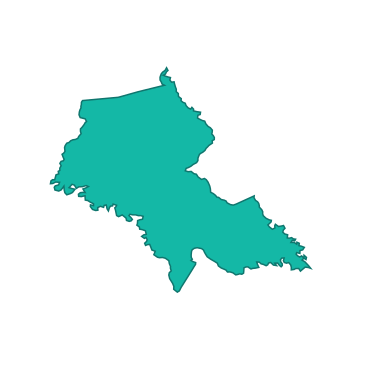 Laranjeiras do Sul, Paraná, Brazil (Equal Earth projection), rotated 121°
{"feature_id": "56859067B64113659227363", "entity_name": "Laranjeiras do Sul", "entity_type": "district", "adm_level": 2, "iso_a3": "BRA", "parent_name": "Brazil", "parent_adm1": "Paraná", "projection": "equal_earth", "projection_center": [-52.368, -25.31], "detail": "fine", "context": "isolated", "style": "filled", "palette": "teal", "viewbox_px": 384, "rotation_deg": 121, "n_neighbors": 0, "source": "geoboundaries", "source_scale": "gbopen_adm2", "svg_char_len": 4896}
<svg xmlns="http://www.w3.org/2000/svg" viewBox="0 0 384 384"><g transform="rotate(121 192 192)"><path d="M283.3,151.9L279.5,152.2L264.4,151.9L257.9,151.8L255.5,151.8L252.2,151.7L250.6,152.5L251.2,155.3L251.2,157.7L249.5,157.1L248.4,159.0L246.4,160.3L243.2,161.8L241.4,162.1L239.0,161.0L237.1,158.9L235.6,154.7L235.8,152.3L237.2,150.3L238.4,148.2L239.7,145.6L240.0,141.2L239.9,136.8L240.0,133.6L241.8,131.3L242.1,127.9L241.7,125.1L241.4,122.8L242.3,120.4L240.9,118.2L240.2,115.3L240.5,111.8L239.1,110.3L237.6,109.0L236.8,106.9L235.0,106.0L233.1,106.9L230.3,108.4L228.6,107.3L227.4,105.6L227.6,101.8L226.2,100.6L224.4,98.2L222.2,95.9L220.6,98.2L218.7,100.5L217.5,98.2L218.0,95.8L217.3,93.6L217.0,90.5L215.4,89.6L213.5,89.8L211.9,88.3L212.7,84.6L211.5,81.6L210.4,84.4L208.8,82.0L209.8,79.5L210.2,77.1L208.6,76.7L207.1,77.6L206.2,79.9L204.5,81.3L202.4,81.0L201.1,79.0L203.8,78.3L204.9,76.6L204.3,74.3L202.7,72.8L203.7,69.8L205.5,68.0L207.6,66.8L205.8,64.6L204.2,63.7L202.6,61.1L204.0,58.3L198.1,56.3L196.8,53.4L196.3,51.0L195.1,54.2L193.7,59.2L193.7,62.6L191.1,62.0L190.3,65.1L192.3,66.3L192.3,68.6L191.7,70.7L190.0,71.1L189.1,67.9L186.6,69.3L184.6,67.3L181.6,67.2L182.1,70.2L182.9,72.7L180.7,73.6L181.0,76.2L182.8,75.4L182.6,78.3L184.3,81.2L181.8,81.2L180.9,78.8L179.1,78.9L180.0,81.0L179.8,83.1L181.5,84.8L182.3,86.7L179.4,88.0L180.2,90.9L179.7,93.5L177.5,94.1L175.2,93.6L173.6,96.3L175.2,97.9L177.0,100.1L176.7,103.9L178.3,103.7L180.1,102.4L182.5,103.9L182.1,107.7L181.1,110.0L178.9,109.3L176.9,108.8L175.4,109.4L176.1,111.5L176.4,115.0L175.6,118.7L174.3,120.2L172.5,121.2L171.2,123.2L170.3,126.5L168.9,127.4L167.4,129.0L166.6,130.8L166.5,133.2L165.0,135.9L163.3,136.7L179.6,147.9L182.0,149.9L183.0,152.6L183.2,156.4L182.2,158.1L182.4,160.2L183.4,163.1L182.9,166.3L183.6,168.2L182.8,169.9L182.4,172.9L182.6,175.9L179.9,177.8L177.8,179.8L175.3,183.3L174.1,186.1L174.0,188.3L176.3,190.3L176.0,194.5L174.5,197.4L175.3,199.7L174.8,203.3L176.6,205.8L177.3,208.7L174.8,209.2L172.9,207.7L170.5,206.2L167.8,205.2L164.5,203.2L162.1,203.1L159.8,204.4L155.9,205.0L154.1,204.3L152.5,203.3L149.7,202.3L147.3,202.4L145.5,201.9L143.4,201.5L139.6,199.7L137.6,201.1L135.6,199.9L133.8,200.9L132.8,202.6L132.0,205.0L130.3,205.5L128.5,206.4L127.5,209.3L127.5,212.0L126.4,215.3L124.7,217.6L125.4,219.9L125.7,223.1L125.8,225.3L123.2,226.5L121.4,224.9L119.2,225.8L120.6,229.1L121.7,232.5L120.2,233.3L119.5,235.7L121.6,235.9L121.9,238.6L121.0,241.6L119.4,243.5L119.8,246.2L119.4,248.4L117.5,249.3L117.1,252.8L114.6,254.5L114.1,257.2L112.0,258.4L110.5,260.3L108.2,262.8L106.8,264.1L108.4,266.1L107.5,268.6L105.0,269.4L105.7,271.6L106.4,274.6L106.7,276.8L104.6,275.5L102.2,275.8L100.2,275.2L98.6,277.8L101.6,277.7L104.4,278.9L106.5,279.2L108.3,278.9L110.1,278.5L112.5,277.0L113.4,275.2L114.9,273.2L114.7,270.6L133.7,289.7L147.7,302.9L148.9,304.1L170.0,332.9L172.0,333.0L174.0,331.9L175.7,331.4L177.1,330.5L179.5,330.3L181.4,329.8L184.0,328.6L185.8,326.2L184.3,321.2L185.9,318.7L187.5,319.3L189.7,319.2L193.3,319.6L195.4,320.1L197.4,318.9L199.1,317.1L202.7,317.7L204.8,317.5L207.0,319.0L208.6,321.0L210.6,322.4L212.8,322.9L214.7,324.5L217.6,324.6L219.6,324.1L222.6,321.8L224.8,322.0L226.6,322.8L228.6,320.3L229.9,318.4L231.5,318.4L233.2,320.0L235.5,320.0L236.9,317.7L239.6,317.6L241.6,316.4L243.2,317.3L245.1,315.6L247.3,317.4L252.2,316.0L253.3,317.9L255.1,318.6L257.8,317.6L256.4,315.7L253.7,314.0L251.9,310.5L254.6,310.0L257.2,312.4L258.9,312.5L260.9,310.5L259.8,306.7L257.5,305.2L253.0,304.8L256.2,302.5L258.1,300.6L258.9,297.9L256.1,295.5L254.0,294.2L249.9,293.7L251.0,297.1L251.6,299.6L247.2,298.8L246.7,296.4L248.4,292.9L245.9,291.7L243.7,288.4L242.2,287.2L241.0,286.0L240.7,283.6L243.5,285.3L245.6,287.0L247.5,283.3L248.5,285.3L250.1,287.4L252.4,288.2L254.1,286.9L252.9,284.4L250.3,281.8L253.9,279.3L253.0,276.9L253.1,274.1L252.8,270.3L254.4,269.4L255.3,272.4L256.8,271.7L258.2,268.3L257.5,265.1L256.1,263.3L253.9,264.8L251.4,263.1L250.7,259.9L248.7,260.4L247.3,258.8L250.2,256.1L251.3,253.9L248.1,254.7L246.1,254.6L244.8,252.9L243.0,253.4L242.2,249.8L243.8,249.6L245.4,250.0L246.9,248.3L251.0,244.5L250.9,242.2L247.6,240.0L248.0,237.2L248.4,235.0L250.1,233.5L249.5,230.7L248.1,229.3L246.2,229.0L245.4,231.0L244.7,233.9L243.0,233.7L242.2,231.2L240.6,228.5L239.9,225.8L238.7,223.9L238.0,221.3L240.9,220.4L242.5,222.3L244.5,223.9L247.2,222.5L248.8,222.2L249.1,219.1L250.8,217.7L249.9,215.3L249.2,212.0L251.8,209.4L253.6,211.3L256.0,212.3L256.3,208.9L254.7,208.0L256.0,205.8L257.8,205.5L260.3,206.2L261.7,204.3L260.1,203.1L258.7,201.3L260.4,199.0L262.4,196.5L261.7,193.0L265.4,192.4L265.7,188.0L265.1,186.1L263.3,183.5L262.5,180.7L262.8,176.5L265.2,174.4L266.8,172.1L268.4,171.3L270.3,169.2L272.9,169.9L275.1,169.1L277.8,166.5L278.8,164.5L280.3,161.6L282.3,158.9L284.8,157.6L285.4,153.0L283.3,151.9ZM191.1,62.0L191.2,59.5L189.1,60.2L188.5,63.4L191.1,62.0Z" fill="#14b8a6" stroke="#0f766e" stroke-width="1.5"/></g></svg>